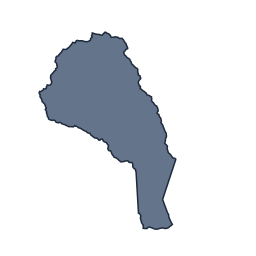 the district of Chorrochó, Bahia, Brazil, rotated 139°
{"feature_id": "56859067B48761296402275", "entity_name": "Chorrochó", "entity_type": "district", "adm_level": 2, "iso_a3": "BRA", "parent_name": "Brazil", "parent_adm1": "Bahia", "projection": "albers", "projection_center": [-39.189, -9.189], "detail": "fine", "context": "isolated", "style": "filled", "palette": "slate", "viewbox_px": 256, "rotation_deg": 139, "n_neighbors": 0, "source": "geoboundaries", "source_scale": "gbopen_adm2", "svg_char_len": 5907}
<svg xmlns="http://www.w3.org/2000/svg" viewBox="0 0 256 256"><g transform="rotate(139 128 128)"><path d="M157.7,26.2L157.6,27.1L157.5,27.8L157.3,28.5L156.8,30.3L156.5,31.2L156.3,31.9L156.1,32.6L155.5,34.2L155.1,34.8L154.6,35.5L154.1,36.0L154.0,36.9L153.8,37.9L153.5,38.9L148.8,51.3L143.7,54.4L112.9,72.7L112.3,73.3L112.6,74.5L113.4,75.4L113.8,76.4L113.6,77.4L113.4,79.6L113.4,81.0L113.6,81.7L113.7,82.6L113.5,83.5L112.3,85.9L112.1,86.5L111.7,87.1L111.2,87.6L110.4,88.1L110.1,89.1L110.1,90.1L110.2,91.2L110.3,92.1L110.1,92.7L109.2,93.1L108.3,93.6L107.7,94.4L106.7,95.2L106.1,95.7L105.4,95.8L104.6,96.3L103.9,97.1L102.5,99.3L102.4,100.3L102.2,101.5L101.3,103.6L100.7,105.6L100.2,106.5L100.0,107.1L99.8,108.4L99.7,109.3L99.8,110.2L98.9,110.6L98.4,111.2L97.9,112.1L97.5,112.7L97.1,113.5L96.7,114.5L96.9,115.6L96.7,116.6L96.0,117.4L95.9,118.2L96.2,118.9L96.4,119.7L96.1,120.5L95.4,120.8L94.0,121.0L93.4,122.0L93.0,122.9L92.5,123.8L92.1,125.1L92.0,125.9L92.3,126.5L92.5,127.3L92.6,128.3L92.4,129.3L92.2,130.5L92.5,131.3L92.4,132.8L92.1,133.4L91.6,133.8L90.8,134.5L90.4,135.5L89.8,136.1L90.2,136.9L90.5,138.0L90.8,138.8L91.3,139.6L91.9,140.4L91.8,141.2L91.4,141.9L91.4,142.8L91.7,143.7L91.7,144.7L92.0,145.5L92.3,146.4L92.4,147.3L92.4,148.5L93.1,149.5L92.9,150.2L92.2,150.5L91.6,150.7L91.3,151.7L91.8,152.7L91.3,153.4L90.9,154.5L90.6,155.4L89.8,156.0L88.9,156.5L87.9,156.7L86.1,156.9L85.6,157.3L85.6,158.0L85.2,158.8L84.7,159.5L85.4,161.4L84.5,162.3L84.1,163.4L83.6,164.2L83.2,164.8L82.4,165.5L82.0,166.3L82.1,167.1L82.4,167.7L82.6,168.3L82.6,169.0L82.8,169.7L82.9,170.7L82.8,171.7L82.9,172.4L83.2,173.0L83.1,173.8L82.8,174.7L82.2,176.3L82.1,177.3L81.6,178.8L81.7,179.6L82.3,181.1L82.5,182.1L82.4,183.1L82.4,184.0L82.7,185.1L82.2,186.9L81.8,187.5L81.3,188.0L80.2,188.1L79.1,188.3L78.0,188.7L76.3,188.1L75.7,188.5L75.6,189.3L75.2,189.9L75.0,190.8L75.0,191.6L74.5,192.1L74.1,193.0L74.3,194.0L74.2,194.6L74.0,195.3L73.9,196.5L73.6,197.5L73.7,198.5L73.6,199.4L74.2,200.1L75.0,200.5L75.6,201.1L75.8,201.9L76.1,202.6L76.2,203.3L77.1,204.2L77.7,205.2L78.4,205.5L79.2,205.9L81.1,207.4L81.0,208.3L80.8,208.9L80.5,209.5L80.8,210.0L80.6,210.9L80.9,211.8L81.3,212.9L81.9,213.5L82.0,214.9L82.8,215.5L83.7,215.2L84.4,215.4L85.2,215.1L86.0,215.2L86.7,215.1L87.5,215.9L88.0,216.9L88.6,217.8L89.2,218.3L89.9,219.0L90.4,219.8L91.0,220.5L91.5,221.2L91.8,221.9L92.2,222.6L92.7,223.2L93.3,222.5L94.0,221.9L94.8,221.7L95.2,221.1L95.2,220.4L95.8,220.0L96.5,220.0L97.3,220.2L98.0,219.6L98.9,218.9L101.4,219.5L102.0,219.9L102.7,220.4L103.3,221.1L104.1,221.7L104.5,222.5L105.3,224.0L105.9,224.3L106.4,224.8L107.0,225.4L107.6,225.8L108.4,226.6L108.8,227.5L109.7,227.7L110.4,227.6L111.4,227.2L112.2,226.9L112.5,227.6L113.0,228.1L113.6,228.9L114.2,228.6L115.8,228.2L116.7,228.1L118.3,227.8L119.2,227.7L120.1,227.6L121.1,227.7L121.7,228.0L122.4,227.8L123.1,227.9L123.7,228.3L124.2,228.8L124.7,229.4L125.3,230.0L126.4,229.6L127.6,229.3L128.4,228.8L129.4,228.9L130.6,228.7L131.9,228.7L132.9,228.2L133.9,228.4L134.6,228.8L135.6,228.8L136.2,228.4L136.7,227.8L137.3,227.2L138.3,226.7L139.2,226.3L139.7,225.4L139.4,224.5L139.5,223.6L139.9,222.7L140.7,222.0L140.9,221.2L141.2,220.4L141.9,220.1L143.0,220.2L144.0,220.1L144.5,219.0L145.2,219.0L145.8,219.2L146.9,219.2L147.9,218.7L148.8,218.9L149.7,218.7L150.7,218.5L151.6,218.5L152.2,218.1L152.7,217.2L153.4,217.0L154.6,214.6L155.0,213.7L155.2,212.8L156.0,212.4L156.8,211.8L157.8,211.5L158.6,211.6L159.6,212.0L160.2,212.8L160.7,213.5L161.3,213.0L162.0,212.8L162.8,212.6L163.2,211.8L164.2,211.5L164.9,211.8L165.5,212.2L165.9,213.0L166.8,212.6L167.5,212.3L168.6,212.5L169.4,212.8L170.3,212.7L170.8,213.6L171.5,213.2L172.1,212.7L172.4,211.9L172.4,210.8L173.1,210.2L173.6,209.6L174.1,208.9L174.0,208.2L174.0,207.4L174.4,206.7L174.6,205.5L175.3,204.8L175.5,203.9L175.3,203.2L175.3,202.5L175.2,201.2L175.3,200.1L175.8,199.4L176.0,198.6L176.3,197.9L176.3,197.0L176.8,196.5L177.6,196.5L178.2,196.4L178.3,195.6L178.5,194.8L178.7,193.8L179.1,193.2L179.8,192.8L180.0,191.8L180.3,191.0L180.7,190.4L181.3,189.5L181.2,188.6L181.5,187.8L182.0,187.0L181.9,186.2L181.4,185.3L181.0,184.5L180.4,183.7L179.5,183.0L178.7,182.6L178.4,181.8L178.4,181.1L178.4,180.4L178.5,179.5L178.1,178.9L177.1,177.5L176.3,177.3L175.6,176.7L175.2,175.6L175.2,174.7L174.7,173.9L174.2,173.0L173.5,172.1L173.2,170.8L172.6,169.9L171.9,168.0L171.3,167.4L170.7,166.9L169.1,165.4L168.6,164.7L167.5,164.7L166.6,164.7L166.5,163.9L165.9,163.4L165.6,162.7L165.2,161.3L165.1,160.3L164.3,159.5L163.7,157.6L163.4,156.9L163.2,155.8L163.0,155.2L162.6,154.4L161.8,152.9L161.8,152.1L161.8,151.3L161.4,150.5L160.6,149.3L160.2,148.6L160.5,147.8L160.6,146.9L160.5,146.0L160.2,145.3L159.7,142.5L159.3,141.9L158.7,141.4L158.1,140.6L157.9,139.9L158.0,138.0L157.1,137.2L155.8,137.3L155.1,137.0L154.6,136.3L154.8,135.5L155.2,134.4L155.0,133.4L154.0,131.2L154.0,130.3L154.1,129.7L154.3,128.5L154.3,127.5L155.0,126.9L156.0,126.3L156.7,125.8L157.0,125.1L157.3,124.0L157.1,123.1L156.4,122.7L156.1,122.0L156.6,120.4L156.9,119.7L157.3,118.4L157.3,117.5L157.4,116.8L157.5,115.9L157.6,114.9L157.0,114.1L156.6,113.2L156.4,112.1L156.1,111.5L156.0,110.6L156.1,109.6L155.8,108.3L155.6,107.2L155.1,106.6L153.9,106.0L152.9,105.3L150.8,104.3L150.1,103.8L149.6,103.0L149.8,102.2L149.7,101.3L148.9,100.4L148.2,99.9L147.6,99.3L147.9,98.3L148.4,97.3L148.9,96.5L149.6,96.0L149.9,95.4L150.0,94.2L150.0,93.2L149.6,92.5L149.5,91.8L150.1,91.1L150.5,90.3L150.7,89.6L176.0,56.8L175.6,56.0L175.5,55.1L175.7,54.2L176.2,53.0L177.1,52.5L177.8,51.8L178.0,51.1L178.4,50.6L179.0,49.5L179.2,48.5L179.8,48.0L180.0,47.3L180.0,46.5L180.2,45.7L180.1,44.8L180.7,44.4L181.0,43.7L181.6,43.0L182.4,42.3L181.7,41.6L180.3,40.2L179.6,39.7L177.7,39.8L177.0,39.6L175.9,37.6L175.2,36.6L174.5,34.8L173.8,33.9L172.2,32.4L170.7,31.7L169.7,31.3L168.8,30.8L166.8,29.3L166.4,28.3L165.6,27.5L164.6,26.9L163.7,26.5L162.6,26.2L160.4,26.3L158.9,26.0L157.7,26.2Z" fill="#64748b" stroke="#1e293b" stroke-width="1.5"/></g></svg>